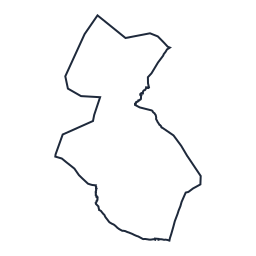 Augie, Kebbi, Nigeria (Equal Earth projection)
{"feature_id": "59680162B78681214723365", "entity_name": "Augie", "entity_type": "district", "adm_level": 2, "iso_a3": "NGA", "parent_name": "Nigeria", "parent_adm1": "Kebbi", "projection": "equal_earth", "projection_center": [4.617, 12.907], "detail": "fine", "context": "isolated", "style": "outline", "palette": "slate", "viewbox_px": 256, "rotation_deg": 0, "n_neighbors": 0, "source": "geoboundaries", "source_scale": "gbopen_adm2", "svg_char_len": 4407}
<svg xmlns="http://www.w3.org/2000/svg" viewBox="0 0 256 256"><path d="M177.6,213.8L178.6,210.6L180.4,206.2L181.6,201.9L183.4,197.8L185.7,192.6L187.2,192.2L188.0,192.1L189.0,191.5L189.8,190.9L193.1,188.4L195.9,186.9L200.4,184.4L200.7,176.0L187.7,156.6L187.3,156.1L181.2,145.8L173.5,135.4L162.1,127.6L161.7,127.6L161.5,127.4L161.2,126.9L161.1,126.3L160.7,125.7L160.2,125.4L160.0,125.0L159.5,124.9L158.9,123.9L158.4,123.1L157.5,121.8L156.9,120.4L156.2,119.4L156.1,118.8L156.1,118.4L156.2,117.8L156.1,117.0L155.9,115.9L155.6,114.9L155.0,114.2L154.6,113.4L153.3,112.4L152.8,111.8L152.6,111.2L152.1,110.7L151.8,110.5L151.6,110.4L139.7,107.4L135.0,104.9L135.0,104.2L135.4,104.3L135.6,104.1L135.8,103.9L135.9,103.3L135.7,102.8L135.9,102.5L136.1,102.4L136.3,101.9L136.6,101.8L137.0,101.8L137.5,101.8L137.7,101.4L138.1,100.9L138.3,100.5L138.7,100.8L139.3,100.4L139.7,99.8L140.0,99.8L140.5,99.5L140.7,99.3L140.9,99.0L141.0,97.9L141.0,96.8L141.1,96.0L141.3,95.5L140.8,95.4L140.4,95.2L140.2,94.8L140.3,94.2L140.4,93.8L140.8,93.5L141.4,93.1L142.0,92.9L142.3,93.5L142.6,93.4L142.9,93.4L142.9,92.3L143.1,91.3L143.8,90.4L144.5,90.2L144.9,90.1L145.1,89.7L145.4,89.5L145.6,89.0L146.0,88.5L146.2,88.0L146.1,87.6L146.1,87.3L146.3,87.3L146.6,87.5L147.1,87.4L147.4,87.4L147.7,87.3L148.0,87.2L148.1,87.6L148.1,88.0L148.4,88.0L149.0,87.5L148.5,85.5L148.0,83.2L147.9,77.5L147.9,77.2L151.5,73.3L158.0,62.5L163.2,55.6L163.7,54.2L165.6,51.8L167.0,49.4L169.2,48.1L169.9,47.6L167.7,46.7L164.0,42.7L157.8,36.4L150.0,33.3L125.5,38.0L97.5,15.4L84.6,34.1L73.8,57.7L65.3,76.3L67.9,88.6L81.0,96.1L100.1,97.2L94.2,114.9L93.0,121.0L62.7,134.5L55.6,154.3L55.3,156.6L61.8,158.5L66.3,162.2L74.4,168.6L78.9,175.1L82.4,178.5L88.0,183.7L90.4,184.5L92.3,185.0L95.6,185.3L95.5,185.5L95.5,185.8L95.6,186.0L95.8,186.2L95.9,186.3L96.0,186.4L96.1,186.5L96.0,186.8L96.0,187.0L96.1,187.4L96.1,187.5L96.0,187.8L96.0,188.1L96.3,188.1L96.5,188.3L96.4,188.4L96.4,188.6L96.3,188.9L96.3,189.1L96.2,189.3L96.1,189.5L96.2,189.8L96.2,190.0L96.1,190.3L96.1,190.5L96.0,190.8L95.9,191.0L95.9,191.3L95.9,191.5L95.7,191.7L95.7,191.9L95.8,192.1L96.0,192.3L96.0,192.5L95.9,192.7L95.9,192.8L95.7,193.0L95.8,193.3L95.8,193.5L95.8,193.9L95.9,194.1L95.8,194.4L95.8,194.6L95.9,194.8L96.0,195.1L95.9,195.2L96.0,195.3L96.3,195.4L96.4,195.5L96.3,195.8L96.4,196.1L96.4,196.3L96.5,196.3L96.5,196.5L96.4,196.6L96.3,196.8L96.5,197.1L96.8,197.2L97.0,197.1L97.1,196.8L97.3,196.9L97.3,197.0L97.5,197.1L97.6,197.4L97.6,197.5L97.6,197.8L97.5,198.1L97.5,198.4L97.5,198.5L97.5,198.8L97.4,198.8L97.4,199.0L97.3,199.4L97.3,199.6L97.4,199.8L97.4,200.0L97.2,200.3L97.2,200.5L97.1,200.8L96.8,200.9L96.7,200.9L96.6,201.0L96.4,201.2L96.4,201.4L96.4,201.6L96.4,201.9L96.3,202.2L96.3,202.3L96.2,202.6L96.1,202.8L95.9,202.9L95.7,203.0L96.0,204.0L98.4,206.4L98.7,208.2L99.0,209.2L99.1,210.0L99.6,210.2L100.1,210.4L100.5,210.7L100.7,210.8L100.9,210.9L101.2,211.3L101.7,211.9L102.1,212.5L102.6,213.0L103.0,213.6L103.4,214.0L104.0,214.5L104.3,214.9L104.5,215.1L104.7,215.5L104.8,215.9L105.1,216.5L105.5,217.2L106.5,218.5L107.3,219.5L107.9,220.3L108.4,221.0L108.8,221.5L109.1,221.9L109.6,222.4L110.2,222.7L110.7,223.0L111.6,223.6L113.0,224.2L114.1,224.8L115.2,225.7L116.1,226.5L116.8,227.2L117.5,227.9L118.1,228.3L118.7,228.7L119.0,229.0L119.6,229.3L120.4,229.8L121.0,230.1L121.4,230.3L121.7,230.5L122.0,230.7L122.3,230.7L122.5,230.8L122.9,230.8L123.4,230.8L123.8,230.8L124.2,230.9L124.5,231.0L124.9,231.0L125.2,231.1L125.6,231.3L126.0,231.4L126.3,231.6L126.7,231.8L127.1,231.9L127.4,232.1L127.9,232.2L128.2,232.3L128.5,232.4L129.0,232.6L129.4,232.7L129.6,232.8L130.2,233.1L130.8,233.3L132.5,234.0L133.6,234.6L135.8,235.6L136.8,236.0L137.1,236.1L137.4,236.2L138.1,236.4L140.9,237.9L141.7,238.3L142.4,238.8L142.7,238.9L142.9,239.0L143.3,239.1L144.2,239.0L144.7,239.0L145.5,239.0L146.1,239.1L146.6,239.2L147.4,239.3L148.1,239.4L148.6,239.5L148.9,239.6L149.2,239.6L149.6,239.6L150.1,239.7L150.5,239.6L151.0,239.6L151.4,239.5L151.9,239.5L152.3,239.4L152.7,239.3L153.0,239.3L153.3,239.2L153.6,239.2L154.0,239.3L154.4,239.4L154.8,239.6L155.1,239.7L155.1,238.6L155.9,238.7L156.3,238.7L158.6,238.9L158.6,239.7L159.2,239.5L159.9,239.3L160.8,239.2L161.6,239.3L162.2,239.4L162.9,239.5L163.5,239.7L164.2,239.8L164.9,239.7L165.9,239.7L166.5,239.8L167.3,239.9L167.9,240.1L168.3,240.2L169.0,240.5L169.4,240.6L169.9,238.2L171.2,234.2L173.3,226.9L174.8,221.2L177.6,213.8Z" fill="none" stroke="#1e293b" stroke-width="2"/></svg>